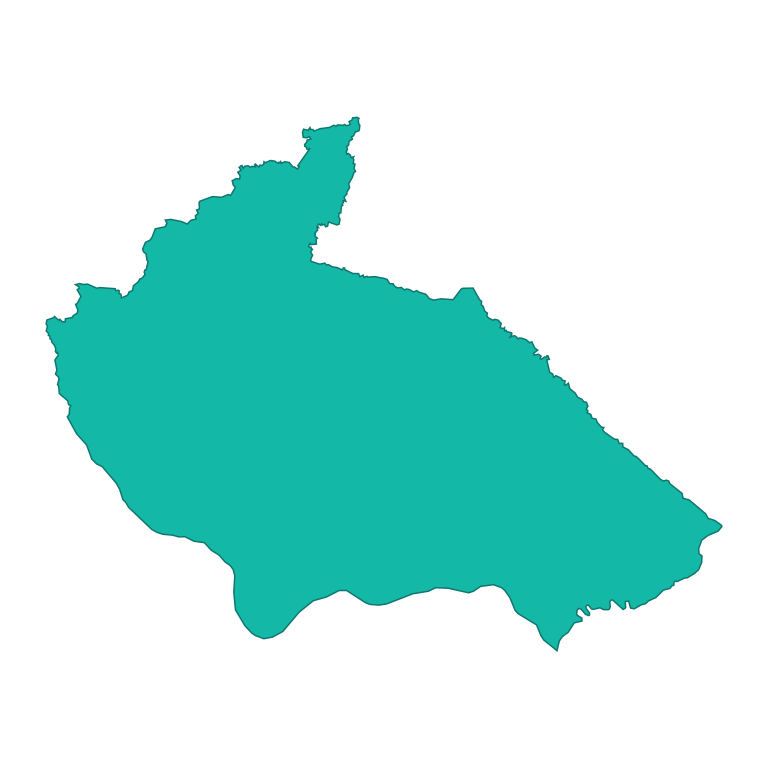 Puerto Berrío, Antioquia, Colombia, rotated 90°
{"feature_id": "7082276B36153632793263", "entity_name": "Puerto Berrío", "entity_type": "district", "adm_level": 2, "iso_a3": "COL", "parent_name": "Colombia", "parent_adm1": "Antioquia", "projection": "orthographic", "projection_center": [-74.62, 6.504], "detail": "fine", "context": "isolated", "style": "filled", "palette": "teal", "viewbox_px": 768, "rotation_deg": 90, "n_neighbors": 0, "source": "geoboundaries", "source_scale": "gbopen_adm2", "svg_char_len": 6143}
<svg xmlns="http://www.w3.org/2000/svg" viewBox="0 0 768 768"><g transform="rotate(90 384 384)"><path d="M380.8,202.9L380.3,205.5L378.0,207.1L375.7,212.1L377.3,214.3L373.9,215.5L372.3,218.3L359.8,221.3L359.4,218.7L356.0,220.0L355.7,221.0L357.1,221.4L357.0,223.4L359.3,226.6L358.4,228.0L356.2,226.9L354.3,229.3L355.0,234.1L353.2,234.3L350.2,230.3L347.8,233.4L341.8,236.1L342.7,238.4L339.7,241.9L338.2,246.3L338.0,248.8L339.0,249.8L336.2,252.4L335.7,254.0L337.1,257.9L334.1,256.1L332.8,256.4L331.7,261.1L330.4,261.7L330.8,263.5L327.7,263.5L328.6,264.5L327.7,267.9L323.5,266.8L320.0,270.1L319.4,273.6L320.3,274.9L317.9,279.6L315.7,281.2L313.1,280.6L311.2,283.2L306.2,284.9L304.8,286.7L301.3,286.4L299.7,288.4L288.1,294.9L288.3,305.4L289.3,307.0L299.7,314.9L298.8,327.0L300.1,334.2L298.7,338.5L294.2,342.3L292.3,348.7L290.6,351.2L291.9,354.3L289.5,358.8L289.0,361.7L290.0,363.4L287.4,366.8L288.0,370.3L286.2,373.5L283.8,374.8L283.7,378.2L279.6,380.8L278.6,383.0L276.6,393.3L277.1,399.9L276.3,401.1L277.3,404.3L275.1,404.8L276.7,408.2L273.6,409.4L273.5,415.2L269.7,423.1L268.0,423.4L267.9,424.6L269.9,425.7L267.6,430.9L266.8,435.7L264.7,439.4L264.9,441.7L263.1,443.2L264.2,448.3L261.3,457.0L259.2,457.3L255.2,455.4L252.0,457.4L249.3,455.5L248.3,457.0L247.2,456.9L247.1,458.9L246.0,459.3L243.4,458.0L244.6,457.2L244.1,451.6L239.2,451.9L238.2,450.6L236.1,453.0L234.2,452.6L233.7,453.4L229.9,450.3L227.3,451.0L227.5,449.5L226.2,450.5L224.0,449.5L225.4,447.2L223.9,446.4L225.0,445.7L224.3,443.6L226.8,442.4L226.2,440.4L222.0,439.5L224.9,431.2L224.2,428.9L219.2,428.0L216.4,429.4L212.8,428.7L213.0,427.2L206.3,426.6L205.3,425.2L204.1,425.8L202.5,424.6L200.7,425.0L201.4,422.1L197.2,424.0L194.1,421.1L192.1,421.1L187.7,418.4L183.7,419.3L177.5,415.7L172.8,414.2L171.5,412.5L168.5,414.0L164.1,413.0L163.4,414.8L159.7,414.2L157.9,415.1L156.8,414.4L157.6,417.0L155.1,417.6L153.4,419.8L154.2,421.1L152.2,421.8L149.4,420.6L146.5,421.3L145.2,419.4L141.4,419.0L139.1,415.5L136.8,416.6L135.9,414.5L132.1,412.7L130.7,409.0L129.6,408.6L125.1,408.2L123.8,409.3L119.7,409.7L118.4,409.0L117.3,411.0L117.9,415.4L120.0,416.0L121.6,418.9L124.5,417.9L125.3,419.6L125.7,422.0L124.4,423.2L125.3,424.9L124.9,430.4L126.4,431.9L125.2,433.9L127.4,438.4L128.7,448.1L131.2,453.9L129.6,455.0L129.3,457.6L127.6,458.0L130.3,460.0L129.2,464.4L132.1,465.5L137.4,464.8L137.8,461.1L136.6,458.7L139.0,457.1L140.1,460.8L142.8,461.7L144.4,463.4L146.4,463.2L146.9,462.0L149.2,461.0L149.5,459.9L148.3,458.7L148.8,458.3L165.7,470.2L166.5,468.7L169.1,470.6L166.9,473.6L167.1,474.9L162.5,478.7L161.7,483.2L163.2,486.4L161.6,487.4L163.0,488.1L162.2,489.1L163.3,490.0L161.1,493.3L160.5,497.7L162.7,502.6L161.7,504.0L164.4,504.4L165.5,506.3L165.0,508.0L167.1,509.1L164.1,512.7L165.0,513.4L165.9,512.1L166.8,512.6L166.4,516.2L167.3,517.5L165.8,519.8L166.1,523.0L168.3,524.9L165.6,525.9L165.6,526.7L167.4,528.9L170.3,526.9L172.2,530.2L176.0,527.8L179.0,528.5L178.6,531.8L180.7,535.8L185.2,534.7L187.3,532.6L195.5,537.4L194.5,539.7L197.3,546.4L196.6,555.6L201.2,568.1L202.5,568.9L208.9,568.6L210.0,571.4L213.4,569.8L215.9,572.7L219.0,571.9L220.3,577.1L224.0,580.6L221.5,586.7L219.4,597.3L220.1,602.7L223.2,601.1L226.7,602.6L228.8,612.7L237.1,615.9L240.1,617.9L242.3,622.5L249.1,625.4L251.7,624.5L254.2,621.8L260.1,621.1L261.4,619.9L269.6,621.8L270.1,623.2L272.1,623.8L274.5,623.0L278.2,625.9L279.1,628.3L281.6,629.5L285.7,634.5L290.6,635.6L291.9,638.9L295.3,640.4L297.9,646.6L294.1,647.1L293.5,649.0L290.8,648.8L290.2,649.9L290.8,652.1L288.7,652.8L287.6,668.1L288.2,671.2L284.1,680.5L284.5,684.4L283.6,688.4L284.6,692.5L286.9,689.0L288.3,688.8L289.7,690.8L296.4,687.1L303.7,690.9L304.3,692.4L310.2,690.1L313.2,690.9L315.7,694.8L317.4,695.6L318.8,702.6L322.0,703.0L321.7,705.9L320.0,707.4L320.4,708.4L319.4,708.2L319.6,710.2L316.5,713.5L317.7,714.4L320.0,721.1L323.9,721.9L326.2,720.5L331.0,721.8L333.2,719.6L335.5,719.6L336.1,718.0L338.8,718.0L339.4,716.6L342.0,716.2L345.6,713.4L348.9,712.2L351.5,712.6L353.1,711.4L352.4,710.5L355.3,709.7L360.1,713.1L370.0,711.1L374.1,712.5L376.9,709.6L379.4,709.0L384.5,710.5L386.3,709.3L393.6,708.7L400.7,700.3L404.6,699.4L405.6,697.2L408.3,698.5L414.2,698.7L416.9,700.7L433.9,691.3L444.9,681.4L459.1,676.2L463.9,671.4L466.6,665.8L483.2,651.7L489.4,648.3L499.6,645.1L502.3,642.3L507.6,639.1L529.3,616.4L532.2,611.3L534.3,605.0L535.1,595.7L536.9,589.1L536.7,583.2L541.2,573.9L542.7,563.6L550.1,556.9L555.3,548.7L562.1,542.8L565.3,538.0L569.4,534.9L575.6,533.2L592.2,534.2L609.9,532.5L625.7,523.1L633.0,516.3L635.5,512.6L638.7,504.3L637.1,495.5L631.5,485.2L612.2,468.9L600.7,454.7L597.0,441.6L590.5,428.9L590.5,421.4L602.8,402.3L604.4,398.0L605.1,389.1L603.9,381.3L593.8,355.3L591.2,339.6L587.7,332.2L588.2,319.9L592.8,299.3L591.2,294.5L586.4,287.4L584.7,274.6L587.6,266.5L590.4,263.2L597.6,258.1L610.3,252.9L613.5,250.1L624.9,231.4L635.8,227.0L640.1,224.1L650.7,211.0L641.0,208.7L636.6,205.7L632.3,199.8L622.9,193.8L621.0,186.0L618.0,186.2L615.4,190.6L613.9,191.4L610.2,190.9L608.4,189.3L609.3,186.8L614.4,182.4L615.6,179.4L614.9,178.4L612.9,178.5L608.5,181.8L606.5,182.2L605.4,181.3L605.1,179.6L608.9,176.6L609.4,174.9L607.8,168.1L609.6,164.5L609.7,159.8L609.0,158.6L606.5,157.7L601.8,158.3L600.3,157.2L599.9,155.5L609.5,144.8L607.8,142.4L601.6,142.7L601.0,139.4L608.1,137.4L608.8,133.7L604.8,126.8L603.8,122.6L600.8,119.3L597.5,112.1L590.1,104.6L588.4,98.0L585.7,96.0L585.2,94.1L582.5,94.1L581.2,93.0L581.5,90.8L578.2,83.9L577.7,80.5L573.3,73.3L569.7,69.4L562.6,66.4L555.9,66.0L553.7,69.0L548.6,69.3L540.2,66.3L535.4,59.9L531.1,49.8L526.5,46.1L525.3,46.5L520.5,53.2L518.4,59.8L513.8,62.4L499.9,78.9L498.3,84.9L493.5,85.9L483.6,98.3L481.1,99.2L480.2,101.6L481.0,104.7L479.1,107.9L469.1,117.6L468.5,119.9L465.9,120.9L465.5,122.8L459.3,128.7L456.3,132.2L456.0,133.9L449.7,139.7L447.0,145.1L443.4,145.3L443.3,148.9L439.5,150.3L439.1,153.7L432.3,163.4L429.9,165.4L427.5,164.2L427.2,166.5L422.7,170.6L419.0,172.1L418.2,176.0L414.4,177.2L412.6,181.0L410.8,180.1L409.0,181.8L406.2,180.1L402.4,181.5L401.5,184.5L399.3,186.0L397.3,190.3L393.2,192.7L388.8,198.1L383.2,199.7L385.0,201.7L385.1,203.5L380.8,202.9Z" fill="#14b8a6" stroke="#0f766e" stroke-width="1.5"/></g></svg>